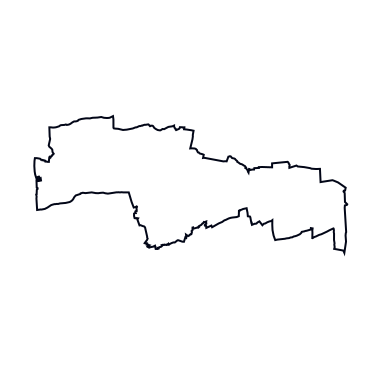 outline of Dealu Morii, Bacau, Romania, rotated 280°
{"feature_id": "2599482B68692155897535", "entity_name": "Dealu Morii", "entity_type": "district", "adm_level": 2, "iso_a3": "ROU", "parent_name": "Romania", "parent_adm1": "Bacau", "projection": "albers", "projection_center": [27.291, 46.281], "detail": "fine", "context": "isolated", "style": "outline", "palette": "ink", "viewbox_px": 384, "rotation_deg": 280, "n_neighbors": 0, "source": "geoboundaries", "source_scale": "gbopen_adm2", "svg_char_len": 5973}
<svg xmlns="http://www.w3.org/2000/svg" viewBox="0 0 384 384"><g transform="rotate(280 192 192)"><path d="M222.9,342.6L226.8,334.1L227.8,329.6L228.0,328.3L224.1,316.9L237.0,314.0L236.2,310.4L235.7,305.7L236.0,304.3L236.0,298.3L235.5,291.7L236.2,290.3L232.7,283.7L234.0,283.4L235.3,283.5L235.8,283.4L236.7,282.4L237.1,282.3L238.0,281.5L238.3,280.9L234.1,265.9L230.2,266.6L228.8,256.7L228.1,253.5L227.3,253.7L226.3,249.2L224.9,249.2L224.6,247.6L223.5,244.8L224.6,244.6L224.6,244.2L220.9,244.3L221.7,243.6L222.9,243.1L224.5,241.4L224.7,241.0L225.3,241.1L225.7,240.7L225.5,240.3L226.1,240.3L226.8,239.5L227.2,238.0L227.5,237.6L228.0,236.2L228.1,234.6L229.3,232.2L229.5,231.4L230.3,231.1L231.3,229.4L232.0,228.7L232.3,227.9L232.4,225.6L233.8,223.9L233.8,223.0L233.3,222.3L233.1,221.7L228.2,220.8L228.1,219.5L227.6,217.6L227.8,199.2L227.7,197.5L227.5,197.0L230.7,197.1L231.0,196.0L231.3,192.8L232.1,191.8L232.1,190.9L233.6,189.8L234.3,189.5L234.7,188.6L235.1,188.3L235.3,187.1L235.0,184.4L234.6,182.7L243.9,183.3L246.9,183.2L248.2,182.9L252.6,182.9L252.7,180.6L252.6,175.9L252.4,173.3L254.4,173.3L254.4,173.1L254.2,172.5L253.9,172.5L253.8,171.9L254.1,171.3L253.7,168.8L252.5,168.7L251.8,168.1L250.2,165.6L250.6,165.1L251.1,165.3L252.2,163.7L253.6,162.9L254.3,162.8L253.3,161.3L252.1,157.7L251.6,156.9L249.1,153.7L248.9,152.0L247.3,150.3L247.1,149.3L247.1,147.4L247.8,145.3L248.6,143.7L250.1,142.3L250.4,141.6L250.2,140.0L249.7,139.7L249.5,139.2L250.8,137.7L251.0,137.2L250.1,134.6L250.0,133.7L249.2,132.1L248.8,131.8L248.8,131.2L248.0,129.8L247.8,128.7L246.1,126.3L245.8,125.1L244.3,122.7L242.1,117.0L241.1,113.3L241.4,108.4L241.1,105.4L241.1,104.0L241.6,103.5L249.9,102.0L253.0,101.0L251.0,98.3L250.6,97.5L250.1,95.4L249.8,92.4L250.1,89.6L248.9,86.0L247.8,81.1L246.8,78.8L246.1,74.7L244.7,70.4L243.3,67.7L242.5,67.4L241.8,66.4L241.4,65.4L241.0,63.6L239.8,62.1L238.1,60.5L237.2,59.3L236.7,58.2L236.3,57.0L236.6,56.1L235.9,54.7L235.1,51.4L234.6,50.6L233.6,49.7L232.3,47.2L231.8,45.9L231.3,43.9L231.2,42.1L230.9,40.3L221.9,42.2L219.6,43.1L213.0,42.8L211.8,43.6L210.3,46.1L209.5,47.0L207.2,47.7L206.1,48.6L205.8,49.1L205.2,49.0L204.9,48.9L204.3,48.0L202.9,47.6L202.7,47.4L202.2,45.8L202.0,45.6L201.8,45.6L201.1,46.5L200.4,45.9L200.4,45.5L196.8,45.8L196.6,44.2L196.7,43.2L196.5,42.4L197.1,42.2L197.1,41.4L197.5,41.3L197.3,39.3L197.6,39.3L197.6,37.5L198.2,37.0L198.4,36.5L198.4,33.1L198.1,31.4L195.2,31.5L190.2,32.2L184.9,33.5L182.0,34.5L179.5,35.8L178.6,36.3L178.8,36.9L179.8,37.2L180.6,38.6L180.0,39.2L178.7,39.7L178.5,39.2L177.7,39.4L178.0,40.2L178.7,40.1L179.2,40.6L177.1,41.3L176.3,39.4L175.9,37.8L177.4,37.4L176.9,36.8L176.6,36.8L169.5,38.3L169.4,38.7L169.0,39.3L168.0,39.3L167.8,38.9L167.1,38.8L162.8,39.4L162.5,39.0L160.4,39.8L158.7,39.9L147.4,42.6L148.5,46.0L148.6,46.9L149.8,50.0L151.6,52.4L154.5,55.4L155.1,56.4L156.2,58.7L156.3,59.5L156.7,60.6L157.0,62.3L157.8,63.9L159.3,69.5L160.9,73.3L161.8,74.4L163.0,75.5L164.5,76.3L166.4,76.9L168.4,78.1L170.7,82.4L171.3,82.5L172.3,84.6L172.4,87.3L174.2,93.3L174.2,97.7L174.6,100.1L175.3,102.2L175.9,104.6L175.7,106.9L175.8,109.5L178.5,117.5L179.0,119.9L179.1,121.2L179.5,122.4L179.7,124.5L180.6,129.8L171.8,134.2L166.6,137.3L167.5,139.2L168.2,140.0L167.9,140.4L165.9,140.2L164.7,140.7L163.6,140.8L163.6,140.1L163.1,139.6L162.5,139.6L161.5,140.2L161.4,139.6L160.7,138.7L158.3,139.1L156.3,140.0L156.3,141.1L156.5,141.2L156.7,142.0L156.7,143.5L155.4,143.0L150.0,146.1L150.4,147.0L149.9,149.3L149.8,150.8L149.0,151.9L140.2,155.6L139.2,155.8L138.4,156.4L136.9,156.0L133.7,154.4L133.7,154.6L133.4,154.6L133.6,156.5L132.4,156.4L132.4,157.2L132.6,157.8L132.6,158.2L132.3,158.6L132.2,159.3L131.9,159.0L131.0,159.3L131.1,158.9L131.3,158.8L131.2,158.2L131.0,157.6L130.5,157.4L130.3,157.6L130.0,159.0L129.8,159.2L129.8,159.7L130.4,160.5L131.6,163.7L132.0,163.9L132.7,164.9L129.6,166.1L129.6,166.4L130.0,167.6L129.9,167.6L129.9,168.0L130.1,168.3L130.4,168.2L130.3,168.4L130.6,169.0L131.4,168.7L132.3,170.0L132.5,170.8L133.3,171.6L133.6,171.8L134.4,171.3L134.9,172.3L134.7,172.7L135.4,173.8L135.4,174.0L135.1,174.1L135.6,175.8L135.9,176.3L135.5,176.4L135.6,176.7L136.9,177.7L136.0,178.2L136.1,178.5L136.9,179.1L138.1,180.7L139.1,182.4L139.3,183.8L141.9,186.1L142.1,186.7L142.0,187.6L141.4,191.1L141.6,192.7L146.2,193.3L145.8,194.3L146.3,194.3L149.0,193.5L147.9,195.8L148.7,196.9L149.5,197.1L149.9,198.1L150.4,198.2L150.5,198.7L152.3,198.9L153.5,198.4L154.3,199.1L157.1,198.7L157.3,199.2L156.8,199.3L156.2,199.9L157.7,203.0L158.4,203.9L158.0,204.3L158.9,205.1L159.6,204.8L161.3,206.9L162.9,207.8L163.4,208.5L164.5,208.9L164.4,209.4L165.4,211.1L164.3,211.1L163.9,211.5L163.2,211.6L162.6,210.9L161.7,210.3L161.1,210.8L161.5,211.2L161.2,211.7L160.0,212.6L159.4,212.2L159.1,212.3L162.3,216.9L160.8,217.9L165.7,223.8L167.8,227.0L169.7,228.8L170.4,230.1L172.3,232.7L173.2,234.4L173.8,236.0L175.1,240.4L176.3,242.3L181.7,241.5L182.0,242.4L182.5,242.4L183.0,243.6L184.1,245.2L185.5,248.6L181.1,250.3L177.8,251.2L177.8,251.8L177.9,253.3L177.3,253.8L171.9,255.8L171.7,255.9L171.9,256.2L170.1,256.8L171.6,259.2L171.9,260.5L172.2,261.0L173.3,261.7L174.8,263.5L171.5,267.1L172.6,267.8L173.2,268.3L173.8,269.7L175.2,271.3L176.5,273.4L177.1,275.0L178.2,276.0L173.4,276.8L168.5,277.9L163.3,279.9L159.1,282.3L160.0,284.5L162.1,291.7L162.7,293.0L163.5,295.7L164.3,296.9L164.8,298.6L165.8,299.8L166.5,301.5L167.2,302.8L169.1,305.5L170.7,306.7L171.8,307.0L172.8,309.6L173.3,310.3L173.7,311.5L175.7,315.6L176.0,315.5L176.1,315.8L177.1,315.5L177.1,317.1L174.8,317.2L173.3,317.6L167.5,318.5L167.5,318.8L168.8,320.1L169.8,321.9L171.8,324.6L172.9,326.8L176.5,331.9L178.2,334.0L180.7,337.6L180.6,337.8L179.0,338.4L177.0,338.6L175.8,339.1L169.4,340.2L166.2,341.3L164.9,341.3L162.4,342.1L160.7,341.9L160.6,351.2L158.5,352.6L169.9,352.3L175.8,350.8L178.2,350.6L179.2,350.8L203.0,345.1L205.3,344.9L206.2,346.8L206.9,347.0L208.7,344.4L217.2,342.6L217.7,342.4L218.7,341.2L219.0,341.1L219.6,341.3L220.0,342.5L222.9,342.6Z" fill="none" stroke="#020617" stroke-width="2"/></g></svg>